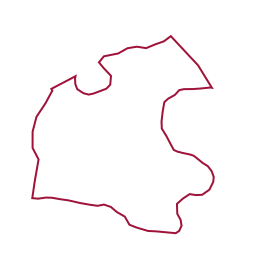 Shusha District, Şuşa, Azerbaijan, rotated 280°
{"feature_id": "54616110B49912296290484", "entity_name": "Shusha District", "entity_type": "district", "adm_level": 2, "iso_a3": "AZE", "parent_name": "Azerbaijan", "parent_adm1": "Şuşa", "projection": "albers", "projection_center": [46.676, 39.693], "detail": "fine", "context": "isolated", "style": "outline", "palette": "rose", "viewbox_px": 256, "rotation_deg": 280, "n_neighbors": 0, "source": "geoboundaries", "source_scale": "gbopen_adm2", "svg_char_len": 1113}
<svg xmlns="http://www.w3.org/2000/svg" viewBox="0 0 256 256"><g transform="rotate(280 128 128)"><path d="M169.9,67.3L153.2,45.7L151.7,47.0L138.2,42.5L123.0,35.9L107.8,34.7L91.8,37.5L81.5,45.4L60.1,45.4L42.3,45.9L42.8,51.8L45.2,59.1L46.1,65.1L46.1,73.0L46.4,82.0L45.8,93.6L45.8,103.3L46.1,111.6L48.4,117.6L47.3,124.8L43.3,131.6L40.2,140.2L33.0,146.2L31.5,153.4L30.1,165.7L31.1,173.7L32.7,193.3L35.6,196.3L41.1,197.7L46.8,195.7L52.1,191.4L61.8,189.4L68.1,194.4L73.6,200.2L73.7,206.5L75.1,212.6L81.4,218.9L89.8,221.3L94.8,220.9L100.1,217.8L104.3,213.2L106.6,207.5L108.7,203.8L112.1,197.5L112.7,193.5L112.9,186.7L113.3,180.8L114.4,176.8L122.1,170.8L126.5,167.4L133.3,161.4L140.2,159.9L150.3,159.3L159.8,159.3L163.9,162.5L168.7,168.4L174.2,171.9L176.0,176.4L177.6,185.0L179.3,191.9L182.2,202.2L182.2,203.6L201.9,186.1L225.9,154.2L219.6,148.3L215.1,140.3L209.8,132.0L209.6,122.6L206.5,113.7L199.7,105.4L194.4,91.8L187.6,88.0L182.7,93.7L176.4,102.2L167.5,103.0L162.9,99.8L159.4,93.9L155.8,87.8L154.1,83.5L154.5,78.2L157.4,71.3L162.1,68.5L167.6,67.2L169.9,67.3Z" fill="none" stroke="#9f1239" stroke-width="2"/></g></svg>